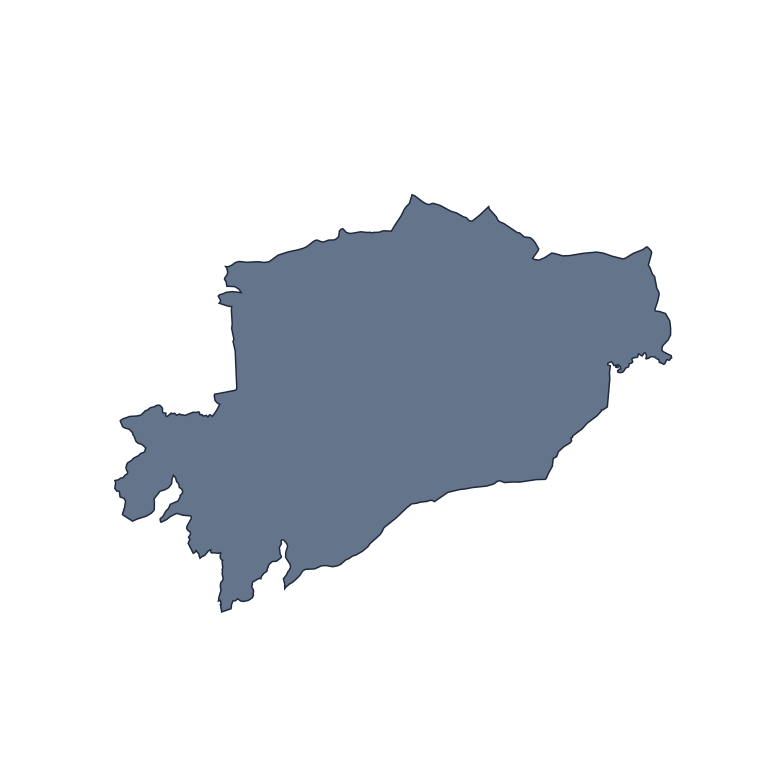 Nemocón, Cundinamarca, Colombia, rotated 222°
{"feature_id": "7082276B92321812623642", "entity_name": "Nemocón", "entity_type": "district", "adm_level": 2, "iso_a3": "COL", "parent_name": "Colombia", "parent_adm1": "Cundinamarca", "projection": "robinson", "projection_center": [-73.878, 5.094], "detail": "fine", "context": "isolated", "style": "filled", "palette": "slate", "viewbox_px": 768, "rotation_deg": 222, "n_neighbors": 0, "source": "geoboundaries", "source_scale": "gbopen_adm2", "svg_char_len": 6171}
<svg xmlns="http://www.w3.org/2000/svg" viewBox="0 0 768 768"><g transform="rotate(222 384 384)"><path d="M424.9,585.9L425.9,573.3L427.4,564.5L427.8,563.7L430.0,562.3L433.9,562.7L437.1,561.3L444.5,559.7L450.0,557.1L461.7,554.3L468.0,551.4L469.3,550.0L470.3,547.7L472.8,546.2L477.3,545.2L486.9,544.5L489.8,543.4L485.9,535.2L486.2,530.7L485.7,527.2L483.7,520.0L482.2,509.4L480.8,502.5L486.4,497.9L487.7,496.4L489.0,493.7L493.5,489.3L494.2,488.1L495.5,487.7L498.2,485.1L503.1,481.6L509.0,474.1L510.8,472.6L513.6,471.4L518.0,471.9L518.8,471.6L519.5,470.1L519.5,467.8L516.8,464.1L516.2,462.2L516.9,458.8L517.9,457.2L521.5,453.8L523.8,449.3L525.2,448.0L529.8,446.3L530.9,445.2L531.8,442.8L533.2,434.8L534.6,431.2L538.2,425.4L543.5,418.3L548.9,408.9L551.2,397.9L554.3,394.2L559.2,390.8L567.4,382.6L573.5,378.3L575.6,375.1L576.9,369.6L578.3,366.8L580.3,365.3L578.4,364.9L575.1,362.6L573.7,360.3L573.3,356.3L572.5,355.0L569.7,354.4L566.3,351.5L559.9,356.6L555.0,357.4L551.2,356.4L558.4,351.3L562.5,346.7L564.2,342.9L565.9,340.4L566.0,338.4L561.4,336.8L560.7,335.8L560.6,333.7L551.8,337.6L549.0,339.6L546.6,336.5L537.1,327.2L534.3,323.3L526.4,317.5L525.0,316.0L524.8,314.7L516.7,309.0L490.4,282.2L490.1,280.1L503.0,263.1L502.4,261.8L498.6,258.7L494.9,258.3L492.4,259.0L490.6,251.7L489.9,245.1L492.6,244.8L493.1,243.9L492.7,242.7L493.0,241.7L495.0,241.8L496.7,239.4L498.9,239.4L499.8,238.2L500.4,238.1L502.2,239.4L503.1,239.3L504.4,237.3L506.9,235.4L510.8,227.6L513.2,226.2L513.7,225.5L515.9,224.9L517.2,222.0L520.0,222.2L521.5,220.1L522.7,220.0L523.4,214.7L524.8,214.3L526.6,216.4L528.9,214.7L530.6,215.6L531.9,217.4L533.4,218.0L536.3,218.2L538.1,216.7L539.0,215.4L539.3,213.6L541.8,210.0L542.3,206.4L543.5,204.3L543.7,199.3L544.1,197.9L546.1,195.0L551.2,189.8L554.5,183.8L555.5,180.5L555.2,180.0L549.6,177.4L547.4,177.8L543.1,179.9L538.1,179.5L536.9,178.3L535.1,178.1L529.9,175.4L527.2,175.4L523.3,177.1L518.1,177.1L517.9,175.9L516.8,174.2L516.8,172.3L518.4,169.5L518.4,166.7L520.5,161.3L520.5,158.1L521.8,153.7L521.2,151.8L519.7,149.0L517.4,147.6L515.6,147.2L514.7,145.6L515.4,142.8L515.2,140.1L516.9,137.4L517.2,135.2L519.4,132.2L517.4,131.1L514.2,126.3L510.8,125.6L509.7,126.9L508.7,127.0L504.5,123.4L501.1,125.0L497.8,124.2L493.9,118.2L493.4,116.4L492.6,115.9L492.2,114.1L490.9,111.9L479.1,113.8L477.2,118.2L472.3,126.6L470.6,131.6L470.3,135.6L470.8,137.1L475.4,142.4L478.0,144.7L478.7,154.5L476.1,158.7L474.7,162.8L475.1,167.7L477.9,171.5L479.4,175.2L476.2,174.9L472.7,172.6L471.0,172.7L469.2,172.0L466.9,170.2L464.0,170.5L461.3,169.2L460.7,167.1L461.0,164.9L460.0,163.8L458.8,159.3L462.3,151.6L460.9,147.5L461.1,143.7L459.7,137.7L460.2,134.1L458.5,132.5L457.2,132.1L456.7,133.1L454.8,137.9L454.2,142.4L451.6,148.8L450.5,149.7L445.8,151.8L439.4,156.6L438.4,156.4L437.2,154.9L435.3,146.6L434.2,144.8L433.3,144.3L431.2,144.0L429.6,144.4L428.4,143.9L427.1,142.5L426.8,139.3L424.3,138.7L423.0,134.6L412.4,130.5L411.8,132.7L412.2,134.4L407.8,133.8L405.8,132.2L404.1,131.4L403.9,133.5L402.5,137.0L402.8,142.1L402.0,144.9L400.3,143.2L398.8,143.3L397.3,144.9L393.8,147.3L392.6,149.3L389.7,145.5L387.0,144.5L385.8,145.0L385.1,143.3L380.7,139.4L380.1,137.7L378.7,136.9L377.7,135.0L373.1,131.6L372.6,130.3L372.3,127.0L370.6,124.5L367.0,121.4L364.5,116.1L361.9,111.9L360.7,113.7L357.4,111.0L357.9,110.5L352.1,106.0L347.3,114.6L349.9,118.5L351.1,121.7L349.4,123.5L349.1,126.3L345.0,127.0L343.0,128.3L340.0,132.4L338.8,137.0L339.7,139.8L340.9,140.3L341.9,142.4L343.3,143.6L346.8,144.8L347.3,146.3L348.7,147.9L349.0,149.1L346.8,155.9L345.2,156.8L346.3,159.1L346.4,160.6L346.6,163.1L345.7,166.3L347.3,169.2L347.6,170.7L348.4,171.4L348.6,173.6L348.2,177.4L345.3,180.3L344.3,186.1L344.8,187.1L347.3,188.1L352.4,192.5L353.3,196.6L355.6,198.6L355.5,199.8L354.6,200.7L353.6,200.9L349.0,200.2L346.9,198.7L344.5,193.4L341.2,189.4L333.7,187.3L331.6,186.1L330.7,184.9L329.9,182.4L329.8,180.0L328.8,177.4L328.4,171.9L324.2,169.1L320.8,165.5L321.0,167.7L320.4,172.0L319.3,175.3L318.7,180.2L318.5,185.3L319.3,190.4L318.8,192.7L318.1,194.0L311.8,200.2L308.9,206.8L307.5,208.5L305.0,210.7L299.8,213.9L297.0,217.7L295.5,221.0L294.7,227.9L293.2,230.8L292.4,234.8L290.4,238.2L288.1,245.3L287.1,252.4L287.6,256.2L286.2,268.8L286.4,271.9L287.9,277.3L285.4,292.2L284.3,307.0L283.2,313.6L279.9,317.2L278.1,320.3L273.5,325.5L271.9,328.4L270.0,329.9L267.8,330.3L264.1,346.1L257.0,356.4L253.2,360.6L249.1,366.1L239.5,376.7L236.1,382.2L235.3,383.8L234.8,387.0L233.4,389.5L228.5,391.4L222.4,397.7L217.5,401.9L206.8,414.9L200.5,420.9L200.2,422.1L202.1,427.8L203.8,435.4L208.4,441.9L207.1,445.6L209.1,450.4L208.4,457.8L206.3,464.9L206.6,467.4L208.9,468.9L208.2,470.4L209.0,471.7L206.7,483.7L206.8,490.9L204.5,502.3L204.3,509.5L205.1,510.3L203.9,511.5L202.7,516.4L219.7,539.0L223.8,543.0L227.9,548.9L230.5,547.9L231.5,549.1L230.1,552.6L229.0,552.7L225.3,551.6L223.1,554.5L223.2,551.9L222.9,551.6L221.4,552.5L221.1,554.8L220.7,555.2L218.1,553.7L219.2,552.1L219.2,550.0L217.9,549.3L216.0,550.5L214.6,552.4L214.5,554.5L215.1,557.4L213.7,560.4L215.3,563.0L214.0,565.3L213.9,566.8L216.0,568.0L216.6,568.7L216.1,570.4L213.8,573.1L213.9,574.5L214.9,576.2L214.9,576.9L211.8,577.2L210.8,577.8L211.5,580.9L210.5,582.0L208.4,581.0L206.9,579.5L206.7,578.3L206.0,578.1L204.7,579.9L203.8,583.2L200.9,585.2L199.2,585.1L195.8,585.9L194.2,584.5L193.2,584.4L192.5,585.0L189.3,585.8L188.9,587.1L190.1,591.1L189.6,591.9L188.7,591.9L187.8,592.8L188.1,595.0L187.7,595.8L189.4,597.2L197.1,595.1L199.9,594.8L202.2,598.0L202.5,600.0L202.3,606.8L203.9,612.3L208.1,617.0L213.0,621.4L214.4,622.3L222.0,624.7L227.9,622.2L230.5,620.2L231.6,620.0L232.5,620.5L236.3,629.3L239.7,635.0L242.1,636.6L245.1,637.5L254.8,644.9L257.9,645.2L264.6,648.6L267.0,649.1L273.0,660.8L275.2,661.8L279.7,662.0L280.4,661.8L280.8,660.9L281.6,657.0L286.2,647.8L288.8,638.9L290.1,636.9L299.8,631.7L308.6,628.0L314.4,624.2L323.8,613.9L332.0,603.6L336.9,598.8L344.0,595.4L346.9,593.6L349.3,584.9L351.4,580.5L351.9,579.6L355.7,577.1L357.6,576.7L358.7,585.8L359.4,587.9L366.7,590.3L370.5,590.8L373.4,590.5L378.2,587.1L384.3,587.0L386.4,585.7L402.5,583.4L406.5,581.9L409.2,582.0L412.4,583.4L422.7,584.5L424.9,585.9Z" fill="#64748b" stroke="#1e293b" stroke-width="1.5"/></g></svg>